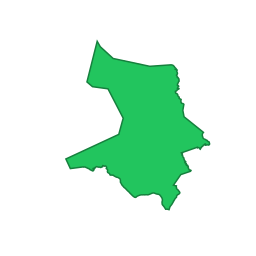 the district of Siguatepeque, Comayagua, Honduras, rotated 334°
{"feature_id": "27666195B5317078284159", "entity_name": "Siguatepeque", "entity_type": "district", "adm_level": 2, "iso_a3": "HND", "parent_name": "Honduras", "parent_adm1": "Comayagua", "projection": "mercator", "projection_center": [-87.863, 14.653], "detail": "fine", "context": "isolated", "style": "filled", "palette": "green", "viewbox_px": 256, "rotation_deg": 334, "n_neighbors": 0, "source": "geoboundaries", "source_scale": "gbopen_adm2", "svg_char_len": 5600}
<svg xmlns="http://www.w3.org/2000/svg" viewBox="0 0 256 256"><g transform="rotate(334 128 128)"><path d="M197.0,94.9L196.7,94.7L196.6,93.4L196.4,92.5L195.8,91.2L195.1,90.6L194.4,90.1L174.6,82.1L145.1,59.0L138.7,42.8L138.3,36.6L111.3,68.6L114.2,75.3L127.2,84.0L128.0,117.1L125.5,119.9L116.9,129.7L58.6,128.6L58.4,139.2L70.9,143.4L71.1,143.8L71.6,143.9L72.3,144.2L72.7,144.7L73.3,145.5L73.8,146.0L74.2,146.6L74.6,147.1L75.1,147.6L75.4,148.1L75.7,149.0L76.2,149.5L77.3,151.0L77.5,151.1L77.8,151.2L78.2,151.2L78.4,151.1L79.2,150.5L79.3,150.3L79.2,150.1L79.0,149.9L78.6,149.6L78.7,149.3L78.9,149.1L79.1,149.1L79.4,149.2L79.9,149.8L80.1,149.8L80.5,149.2L80.9,149.1L81.3,149.4L82.2,148.9L82.7,148.9L83.0,149.0L83.7,149.7L84.0,150.1L85.2,150.6L85.6,150.9L85.8,151.3L86.4,151.6L86.8,151.6L87.0,151.5L87.3,151.4L87.6,151.5L87.9,151.7L88.1,151.7L88.3,151.3L88.5,151.0L88.7,150.8L88.9,150.7L89.5,151.2L89.7,151.6L89.8,151.8L90.1,152.0L90.9,152.1L91.2,152.3L91.4,152.6L91.5,153.1L91.6,153.6L91.5,154.0L91.4,154.4L90.7,154.8L90.7,155.0L90.9,155.3L91.1,155.8L91.4,156.4L91.4,156.5L91.0,157.2L90.9,157.5L90.5,158.0L90.3,158.3L90.3,158.6L90.3,159.1L90.4,159.3L90.6,159.6L91.0,160.2L91.3,160.9L91.4,161.2L91.3,162.2L91.4,162.5L91.9,162.8L92.8,163.2L93.0,163.4L93.8,163.8L94.1,164.0L94.3,164.4L94.4,164.9L94.6,165.1L95.4,166.3L96.3,167.3L97.3,168.1L97.5,168.3L97.9,169.1L98.2,169.5L98.4,170.0L98.5,170.4L98.3,171.6L98.0,172.2L97.5,173.2L97.4,173.6L97.5,174.5L97.6,175.0L97.6,175.4L97.5,175.8L97.7,177.2L98.0,178.0L98.4,179.7L99.1,181.0L100.1,184.2L100.9,186.1L101.0,186.6L101.1,187.1L102.5,191.1L103.3,192.7L103.5,193.0L103.8,193.3L104.2,193.6L104.6,193.7L105.0,193.7L105.9,193.4L106.5,193.3L109.1,193.5L110.4,193.8L110.9,194.0L111.6,194.4L112.7,194.8L113.1,195.1L113.9,195.5L115.1,195.9L116.4,196.7L117.0,196.9L117.8,197.0L121.4,197.2L121.9,197.4L122.9,197.8L124.6,199.7L126.1,200.8L126.6,201.2L127.0,201.8L127.2,202.1L127.6,203.9L127.8,205.7L127.8,206.2L127.5,207.5L127.4,207.8L126.9,208.5L126.3,209.2L126.0,209.7L125.3,211.5L125.3,211.8L125.3,212.1L125.5,212.9L125.9,214.5L126.0,215.5L126.1,215.9L126.1,216.4L126.2,217.1L126.2,217.5L127.6,218.1L129.1,219.4L131.0,217.4L131.5,217.0L133.2,216.2L134.0,215.8L136.8,213.9L137.1,213.7L137.2,213.4L137.3,213.3L137.6,213.2L138.1,213.1L138.3,212.9L139.4,212.1L141.2,211.5L141.4,211.3L141.9,210.4L142.0,210.3L142.8,209.9L143.3,209.7L143.6,209.7L144.0,209.8L144.4,209.8L145.3,209.5L145.7,209.4L146.1,209.0L146.3,208.7L146.3,208.3L146.3,207.9L146.0,206.7L146.0,206.3L145.7,205.3L145.2,204.2L145.1,203.7L145.1,203.4L145.3,203.1L145.5,202.8L145.5,202.6L145.5,202.2L146.0,201.3L146.1,201.2L145.9,201.0L145.1,200.6L144.4,199.8L143.8,199.3L155.0,193.0L165.1,194.3L165.8,194.0L166.0,193.9L166.0,193.7L165.9,193.6L165.7,193.2L165.0,192.7L164.9,192.6L164.7,192.5L164.7,192.0L164.6,190.8L164.7,190.7L164.8,190.6L164.8,190.0L164.7,189.6L164.8,189.4L165.2,189.1L165.1,188.8L165.0,188.4L165.1,188.1L165.3,187.9L165.2,187.5L165.1,187.4L164.9,187.4L164.6,187.5L164.3,187.4L164.2,187.3L164.2,187.1L164.3,186.9L164.5,186.4L164.4,186.2L164.2,186.1L164.2,185.9L164.8,185.6L164.8,185.4L164.7,185.1L164.1,184.4L163.9,184.1L164.0,183.9L164.6,184.0L164.7,183.9L164.8,183.8L164.6,183.5L164.6,183.2L164.8,183.2L165.0,183.2L164.9,182.9L164.5,182.4L164.4,182.2L164.5,182.1L164.6,181.9L164.7,181.7L164.6,180.9L164.6,180.5L164.7,180.3L165.1,179.6L165.0,179.3L164.8,178.8L164.7,178.4L164.7,178.1L165.0,176.8L164.9,176.3L164.8,176.1L164.7,176.1L164.7,175.9L164.9,175.4L165.5,175.3L165.6,175.1L165.3,174.5L165.0,173.9L165.0,173.7L182.0,175.7L182.1,176.1L182.0,176.3L182.4,176.3L182.6,176.4L183.1,176.9L183.3,177.1L183.4,177.6L183.5,178.6L183.6,178.8L183.8,178.7L184.1,178.2L184.4,177.8L184.5,177.7L184.9,177.7L185.3,177.9L185.7,177.5L186.2,177.1L186.9,177.2L187.3,177.1L188.1,176.5L189.3,176.5L189.8,176.3L190.3,176.1L190.5,176.2L190.6,176.3L190.5,176.6L190.4,176.7L189.8,176.7L189.8,176.8L189.8,177.2L190.0,177.4L192.1,178.0L192.4,178.2L192.8,178.6L193.1,178.7L193.4,178.7L193.8,178.6L194.1,178.4L194.3,178.2L194.5,177.7L194.7,176.5L194.7,176.1L194.7,175.8L194.4,175.5L193.8,174.8L193.7,174.6L193.7,174.1L193.6,173.7L193.1,173.3L192.7,172.4L192.5,172.2L191.7,171.4L191.2,170.5L191.1,169.9L191.1,169.5L191.3,168.6L191.4,167.6L192.0,166.4L192.2,166.0L192.6,165.7L193.1,165.4L193.7,165.1L193.9,165.0L183.3,142.5L185.0,136.2L188.6,131.2L188.5,130.8L188.2,130.3L188.0,130.0L187.1,129.4L187.0,129.2L187.0,128.5L186.9,128.0L186.9,127.7L187.2,127.5L187.3,127.2L187.5,126.5L187.7,126.3L188.1,126.0L188.2,125.8L188.2,125.6L188.1,125.3L187.2,124.3L187.0,123.8L187.0,123.6L187.5,122.9L187.5,122.5L187.2,121.9L187.0,121.2L187.0,120.4L187.1,120.1L187.3,119.9L187.3,119.7L187.1,118.7L186.9,118.4L186.3,117.9L186.2,117.8L186.4,116.3L186.6,116.0L186.7,115.8L187.0,115.8L187.3,115.9L187.8,115.9L188.1,115.8L188.8,115.4L189.3,115.4L189.5,115.3L189.6,115.2L189.9,115.2L190.7,115.2L191.0,115.1L191.1,114.9L190.8,114.7L190.2,114.6L189.8,114.4L189.7,114.2L189.8,114.1L189.9,113.9L190.9,113.1L191.4,112.9L191.8,112.8L191.9,112.7L191.9,112.4L191.5,111.6L191.4,111.5L191.1,111.4L191.1,111.1L191.6,110.6L191.9,110.0L192.8,109.5L193.7,108.6L194.1,108.4L194.5,108.3L194.6,108.2L194.6,107.9L194.8,107.2L195.3,106.4L195.0,105.3L195.0,105.0L195.1,104.6L194.7,104.4L194.5,104.2L194.7,103.4L194.9,102.8L194.8,102.4L194.7,102.1L194.7,101.8L194.8,101.7L195.4,101.4L195.9,101.2L196.0,101.0L196.3,100.8L196.4,100.5L196.5,100.3L196.6,99.3L196.6,98.9L196.6,98.6L196.6,98.4L196.8,98.2L197.6,97.5L197.4,97.0L196.8,96.6L196.6,96.4L197.2,96.4L197.3,96.4L197.3,96.1L197.1,95.8L197.0,94.9Z" fill="#22c55e" stroke="#15803d" stroke-width="1.5"/></g></svg>